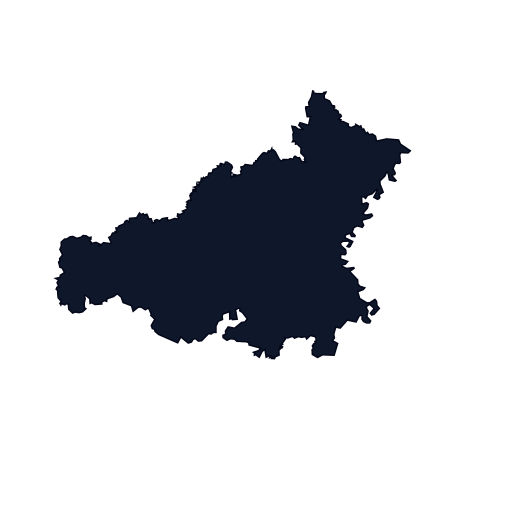 Tantoyuca, Veracruz, Mexico, rotated 234°
{"feature_id": "50627088B9649339399974", "entity_name": "Tantoyuca", "entity_type": "district", "adm_level": 2, "iso_a3": "MEX", "parent_name": "Mexico", "parent_adm1": "Veracruz", "projection": "mercator", "projection_center": [-98.193, 21.39], "detail": "fine", "context": "isolated", "style": "filled", "palette": "ink", "viewbox_px": 512, "rotation_deg": 234, "n_neighbors": 0, "source": "geoboundaries", "source_scale": "gbopen_adm2", "svg_char_len": 6133}
<svg xmlns="http://www.w3.org/2000/svg" viewBox="0 0 512 512"><g transform="rotate(234 256 256)"><path d="M250.4,442.7L261.6,438.6L266.1,439.6L273.9,430.6L278.1,421.0L282.7,423.1L286.2,421.9L287.9,418.7L290.5,418.9L290.6,416.9L295.5,417.8L295.6,416.2L299.7,417.3L299.7,415.9L303.7,414.1L302.8,413.7L303.9,408.5L306.5,406.8L308.5,408.3L313.6,405.5L315.0,403.4L316.2,404.9L318.1,403.2L318.9,407.2L320.8,407.6L321.9,406.2L324.9,407.5L327.3,406.6L328.0,405.0L330.1,405.7L329.6,406.7L331.3,407.7L333.0,406.0L338.3,406.6L343.1,403.8L347.2,406.5L346.5,407.4L347.5,409.0L348.5,406.8L347.4,406.3L352.3,399.8L354.8,398.3L355.4,399.4L356.2,398.9L352.0,394.3L349.3,388.8L345.6,386.9L347.4,384.0L346.4,383.0L338.6,379.3L336.7,381.9L330.9,375.3L338.0,370.0L336.7,367.5L330.6,368.5L331.1,367.7L333.9,364.7L337.2,363.9L339.9,361.3L333.0,358.6L333.1,357.6L328.0,354.4L327.0,352.6L325.4,355.3L323.2,353.7L322.6,355.1L317.0,356.0L313.0,352.8L306.8,353.7L305.8,351.9L302.7,351.2L305.9,348.4L310.0,349.0L311.4,347.0L313.4,346.6L314.0,345.6L312.5,342.9L314.7,340.9L314.9,338.9L318.2,334.6L317.5,333.2L318.2,332.4L320.0,331.6L328.9,332.9L331.6,332.5L332.3,331.3L333.7,332.0L332.3,329.4L333.8,327.9L332.5,325.2L335.0,323.3L335.2,321.5L333.5,314.5L332.4,313.4L333.3,311.8L331.9,310.6L332.7,309.4L331.1,306.6L336.4,301.0L335.8,298.5L336.9,296.1L333.6,294.8L333.8,293.4L331.4,292.5L330.6,290.2L331.6,290.1L333.0,285.6L333.4,287.4L335.5,285.6L334.4,285.3L334.2,282.3L337.5,283.8L337.6,285.3L339.2,284.7L341.6,289.1L344.0,289.6L349.0,287.8L349.9,286.4L348.3,284.3L351.6,282.0L351.5,280.8L349.6,280.3L351.6,277.7L350.4,277.6L350.0,275.7L351.2,272.1L349.0,269.5L350.8,266.6L348.3,263.3L349.4,262.2L349.1,259.9L350.4,259.8L350.0,257.5L350.9,257.4L348.3,254.7L349.7,252.5L348.1,253.0L346.4,251.3L349.2,250.6L347.1,249.3L348.1,246.4L346.3,247.6L345.5,245.9L343.6,245.5L345.1,244.3L346.4,245.2L346.9,244.2L345.0,242.6L344.7,239.5L343.1,239.3L343.9,238.1L339.3,236.2L340.5,234.6L340.5,231.6L338.7,232.3L338.5,230.3L336.7,230.0L336.8,228.4L335.2,229.0L334.5,227.4L335.5,223.0L333.8,223.3L333.6,222.1L334.3,218.7L336.1,217.4L334.2,215.6L331.9,216.2L331.8,214.8L334.2,212.2L335.8,206.7L337.9,205.6L339.0,206.8L339.6,205.8L341.4,202.0L341.0,198.9L343.9,197.0L344.3,194.6L342.4,193.9L343.8,191.9L347.8,193.1L349.5,190.2L350.2,191.5L354.0,192.3L354.8,189.8L356.6,189.6L357.1,187.2L359.3,187.0L357.1,181.9L360.8,175.8L357.9,173.1L360.7,172.5L361.0,170.5L359.6,168.2L360.8,162.8L360.0,160.7L361.1,159.2L356.8,157.2L358.5,156.3L358.0,154.4L358.9,153.4L357.2,150.1L357.6,147.8L352.0,146.7L351.5,145.7L356.4,140.5L356.0,135.5L357.5,135.2L357.3,136.7L361.0,134.6L363.2,129.7L364.1,130.8L366.2,130.2L366.5,132.2L368.2,133.6L369.0,131.6L372.1,130.5L374.2,128.2L374.0,125.6L375.6,121.4L379.4,119.4L380.8,116.9L381.0,113.0L382.2,111.1L381.7,106.5L378.6,104.4L376.6,101.2L370.6,100.2L369.3,95.6L367.4,94.5L367.2,92.8L362.1,90.7L360.4,92.1L355.2,91.4L355.5,86.5L353.9,84.8L355.7,80.7L352.5,82.2L351.4,79.4L346.9,78.4L347.8,76.9L346.6,74.8L344.9,75.3L338.6,71.4L333.6,71.7L333.0,69.5L331.0,69.3L331.8,70.6L328.8,72.6L329.0,74.2L327.4,75.9L323.0,73.2L317.6,74.1L317.0,76.7L314.0,79.8L312.8,82.9L313.3,87.4L315.0,86.8L318.7,89.2L321.8,92.7L324.5,93.8L324.4,95.1L319.0,96.4L315.2,93.9L314.8,95.6L311.4,97.2L307.8,103.1L309.3,103.8L309.1,107.0L307.1,108.5L309.0,110.3L306.9,116.9L307.0,121.6L301.9,122.8L296.5,121.1L288.9,126.1L283.5,124.1L283.8,130.7L282.1,133.1L277.6,134.8L277.1,138.5L270.6,137.1L269.8,136.0L264.3,137.0L261.3,130.4L258.3,129.5L256.1,130.9L254.5,130.0L249.8,131.1L231.8,141.6L234.7,147.6L225.4,150.0L224.3,153.2L225.6,156.1L224.8,158.5L221.1,159.3L219.4,162.2L221.1,172.1L219.3,173.8L219.2,176.7L217.7,178.7L222.7,182.3L225.4,187.1L224.3,191.6L227.7,193.6L228.4,195.4L226.5,201.9L220.3,197.7L219.8,199.6L218.4,199.5L215.9,203.6L224.5,207.8L224.1,211.2L222.8,212.2L221.3,210.6L218.3,211.8L210.2,212.0L209.2,208.2L210.7,205.3L210.2,196.2L215.0,191.8L213.3,187.2L210.5,185.5L211.3,182.7L209.4,181.4L204.9,182.9L204.1,186.7L201.3,189.8L198.3,190.4L192.0,198.1L190.0,199.2L188.1,198.1L178.7,205.7L177.9,202.5L179.6,197.3L178.2,197.7L176.7,196.4L176.4,197.8L172.2,199.1L175.2,204.9L175.2,208.3L168.1,204.7L167.5,208.4L166.8,209.0L165.7,207.2L164.7,209.6L163.9,208.4L162.1,210.6L163.1,212.4L162.2,216.4L166.3,219.1L166.6,221.1L168.0,221.2L167.9,223.1L166.6,222.4L166.4,223.3L166.9,224.1L168.5,222.9L169.3,223.0L168.7,225.6L169.9,226.0L171.6,231.1L173.2,231.2L171.1,233.4L169.5,238.3L166.9,238.9L165.8,243.1L163.5,244.9L161.6,248.8L159.1,248.2L159.7,253.3L156.0,256.4L153.9,256.1L151.9,254.5L152.3,253.4L150.4,252.9L151.1,251.3L150.1,248.7L147.6,248.2L147.2,246.3L143.2,243.7L137.7,246.2L137.0,251.7L129.8,260.9L137.2,270.6L142.6,268.1L143.6,271.3L146.9,272.8L151.6,278.7L148.2,281.8L150.5,292.2L143.8,298.2L146.8,304.0L146.4,306.2L145.3,306.7L142.5,304.6L139.8,304.5L137.0,306.0L135.1,308.6L136.1,310.6L141.9,310.1L145.6,314.3L149.1,314.7L150.2,316.0L150.2,319.4L145.2,320.7L143.8,320.0L142.5,314.8L140.3,314.9L139.4,317.2L141.1,325.0L144.8,324.7L148.5,326.9L151.0,326.7L151.3,320.6L152.9,318.2L160.7,314.9L167.3,317.3L165.8,323.0L166.3,325.3L170.7,322.1L173.7,322.1L176.9,324.2L187.6,322.8L188.5,323.5L188.3,328.0L189.2,328.3L192.8,321.8L197.3,319.5L198.1,320.6L196.8,323.4L197.7,327.0L204.1,322.7L207.5,325.6L204.7,328.8L205.2,330.4L208.3,332.2L214.3,330.9L216.8,331.9L216.9,334.8L213.6,339.7L211.5,339.5L210.2,335.3L208.5,336.5L208.4,337.8L210.9,342.8L218.5,338.7L220.4,340.7L219.1,345.4L215.7,344.8L213.6,347.4L214.3,348.2L218.8,347.7L221.5,352.0L220.8,355.7L216.7,358.9L217.6,361.2L221.8,362.1L222.3,363.8L219.9,370.5L220.1,373.9L222.0,374.2L224.6,368.8L227.6,367.3L229.3,374.4L232.1,377.5L234.1,376.8L235.7,372.2L241.5,375.9L241.0,377.7L238.2,378.5L239.5,381.9L238.1,386.3L239.0,393.2L237.9,393.1L234.3,385.8L230.4,387.6L230.1,389.3L230.7,390.8L233.3,391.5L232.8,396.4L241.2,398.6L243.9,400.4L244.9,407.2L247.1,410.9L245.1,411.5L239.2,408.6L234.8,412.3L234.7,413.7L241.6,413.2L240.4,416.0L241.2,417.4L246.2,418.3L248.4,421.8L248.9,423.6L246.6,426.5L246.9,427.9L253.4,431.7L254.5,434.0L250.0,439.6L250.4,442.7Z" fill="#0f172a" stroke="#020617" stroke-width="1.5"/></g></svg>